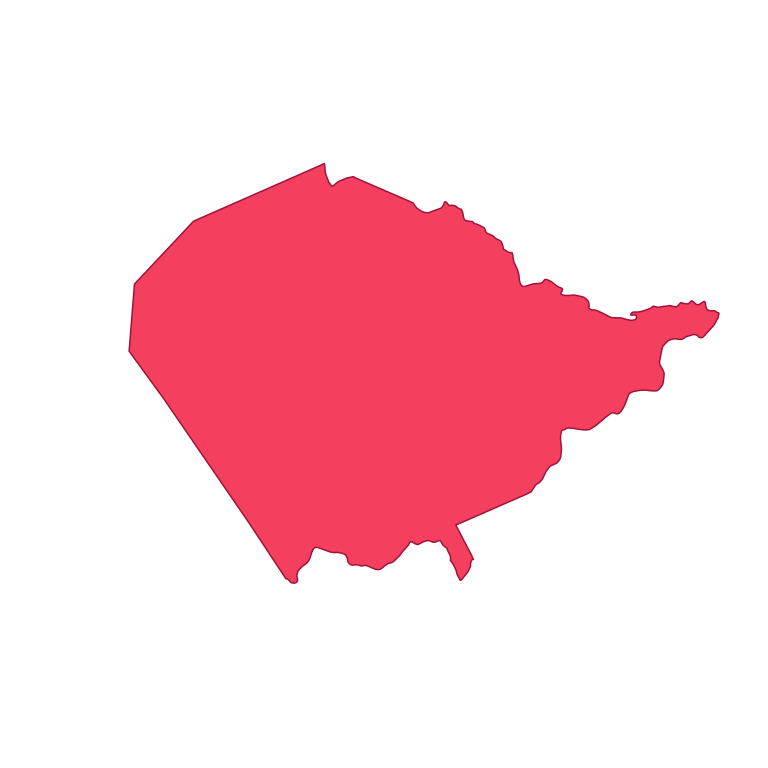 outline of Apacilagua, Choluteca, Honduras, rotated 207°
{"feature_id": "27666195B80375114467909", "entity_name": "Apacilagua", "entity_type": "district", "adm_level": 2, "iso_a3": "HND", "parent_name": "Honduras", "parent_adm1": "Choluteca", "projection": "mercator", "projection_center": [-87.065, 13.459], "detail": "fine", "context": "isolated", "style": "filled", "palette": "rose", "viewbox_px": 768, "rotation_deg": 207, "n_neighbors": 0, "source": "geoboundaries", "source_scale": "gbopen_adm2", "svg_char_len": 6171}
<svg xmlns="http://www.w3.org/2000/svg" viewBox="0 0 768 768"><g transform="rotate(207 384 384)"><path d="M335.6,558.3L337.7,558.3L338.9,558.6L339.2,558.9L339.9,559.9L341.2,561.4L343.1,563.2L344.6,564.2L346.2,564.4L350.7,564.4L351.7,564.6L353.3,565.3L354.5,565.5L357.4,565.4L359.7,565.1L360.6,565.1L361.6,565.5L362.5,566.0L364.3,567.7L366.1,568.7L371.7,568.7L373.6,568.6L375.3,568.2L376.4,568.1L377.8,568.3L378.5,568.8L378.9,568.8L384.8,566.8L385.7,566.7L386.4,566.8L387.5,567.4L388.5,568.3L392.3,573.2L393.7,574.0L394.5,574.7L394.9,574.7L396.0,574.3L397.6,574.4L398.8,574.5L400.0,574.9L400.8,575.0L402.7,574.7L404.6,574.1L405.4,573.7L406.2,572.9L406.8,572.7L407.4,572.8L408.2,573.0L410.0,573.9L410.8,574.2L411.7,574.3L412.4,574.0L412.6,573.6L412.7,573.1L412.3,571.9L412.2,570.9L412.7,567.4L413.0,566.6L414.0,565.5L419.8,559.4L421.7,557.1L422.6,556.4L423.4,556.0L425.8,555.3L428.1,555.0L429.8,555.0L434.3,555.5L437.6,557.0L440.3,558.6L502.9,554.7L504.1,554.9L505.2,554.8L505.9,554.5L508.7,552.2L510.2,551.2L512.7,548.2L515.2,545.3L516.9,543.0L518.1,540.2L518.9,538.4L519.7,537.1L520.2,536.7L520.9,536.8L521.8,537.2L524.7,538.7L530.8,544.1L532.7,546.3L535.8,551.4L536.8,552.9L537.2,553.3L627.6,442.6L651.7,359.8L626.0,297.5L574.0,271.1L440.4,198.5L383.1,166.0L382.0,166.3L380.8,166.3L379.6,166.0L378.2,165.3L377.3,165.0L376.3,165.0L375.6,165.0L374.5,165.4L373.7,165.7L372.3,166.9L371.9,167.6L371.7,168.2L371.7,169.2L372.1,170.3L372.6,171.1L374.0,172.6L374.9,174.2L375.4,176.5L375.6,178.6L375.2,180.5L374.0,184.4L373.4,185.6L371.9,188.3L371.4,189.6L371.1,191.0L370.9,192.7L370.9,195.5L371.8,200.0L372.1,203.7L371.8,205.7L371.4,206.6L370.9,207.2L369.8,207.9L368.5,208.3L355.2,210.0L352.0,211.1L349.4,212.6L347.9,213.2L344.6,214.1L342.5,214.4L340.7,214.2L340.0,213.9L339.1,213.3L337.4,211.9L335.9,209.7L334.8,208.8L333.1,208.1L332.0,207.9L331.2,207.9L330.1,208.2L327.8,209.7L325.1,210.9L324.2,211.2L322.5,211.3L321.4,211.6L320.5,212.2L319.2,213.5L318.2,214.0L314.6,214.6L310.6,214.7L308.1,215.0L306.0,215.5L304.7,216.1L303.6,216.9L302.6,218.2L301.9,219.6L300.8,222.4L299.1,225.5L298.7,226.0L297.6,226.9L296.7,227.8L295.3,229.5L294.8,230.4L292.1,238.3L291.5,242.5L289.2,251.4L289.1,252.2L289.3,253.8L289.1,254.5L288.9,255.1L288.3,255.7L287.5,256.0L286.8,256.0L284.6,255.8L281.6,256.0L281.2,256.2L280.6,256.7L279.7,257.9L277.1,261.5L274.9,263.6L273.3,264.7L272.7,264.9L271.5,265.1L268.9,265.2L267.7,265.7L266.8,266.2L266.1,266.8L265.7,267.3L265.5,267.9L264.5,268.8L263.4,269.7L262.9,269.9L261.9,269.6L259.9,268.1L258.0,267.1L255.8,266.6L253.6,266.3L253.1,266.0L251.9,264.7L250.1,263.3L247.8,261.7L246.9,260.9L245.9,259.5L245.2,258.1L244.9,257.1L244.7,256.8L243.1,256.2L240.3,254.6L235.3,250.9L233.8,249.0L231.5,246.8L227.4,244.0L226.9,243.8L226.6,243.9L226.2,244.6L225.9,245.3L224.1,253.9L224.0,257.0L224.2,260.7L224.5,261.7L225.1,262.7L225.5,263.6L225.8,265.8L225.8,266.7L225.6,267.4L225.3,267.8L224.8,268.3L228.0,271.0L256.0,290.9L206.2,351.6L204.0,354.6L203.0,362.9L202.6,364.0L201.4,365.6L200.8,366.8L200.2,368.9L199.8,370.8L199.7,371.9L199.9,379.0L199.5,382.3L198.9,385.4L198.6,386.4L198.0,387.3L195.6,390.0L194.1,392.1L193.5,394.3L193.1,397.0L193.3,398.5L193.8,400.3L196.5,407.0L198.0,409.4L200.6,413.2L202.0,415.6L203.4,418.7L204.0,420.6L204.3,421.9L204.4,423.0L204.1,423.9L203.7,424.4L202.6,425.1L201.0,427.5L200.6,428.1L200.2,428.3L195.9,430.2L190.0,432.0L186.0,433.5L182.5,435.1L181.0,436.1L180.4,436.6L179.3,438.2L176.5,442.9L171.1,455.7L169.2,459.6L168.3,461.1L167.6,461.9L166.8,462.3L166.0,462.6L163.9,462.8L162.4,463.4L161.7,464.1L161.0,465.2L160.6,466.8L160.2,468.6L159.9,472.5L160.1,476.0L161.2,485.8L161.1,486.7L160.9,487.4L158.4,490.5L154.2,493.7L152.3,495.0L148.4,497.2L147.1,497.7L144.4,498.6L139.3,500.9L137.8,501.9L137.3,502.6L136.8,503.5L136.3,505.0L135.8,507.0L135.6,508.5L135.5,509.9L135.7,511.1L136.1,512.5L137.6,516.8L138.9,520.0L140.0,521.6L143.5,524.3L146.6,526.2L147.5,527.1L148.1,528.1L148.6,529.1L149.5,531.9L152.1,541.0L152.6,543.9L152.6,544.9L150.9,550.4L150.0,552.1L149.0,553.5L147.7,554.7L145.9,556.0L143.9,556.9L141.0,557.9L139.8,558.6L138.8,559.2L138.1,560.1L136.9,562.2L136.2,563.4L131.3,568.1L129.8,569.0L128.0,569.5L126.2,569.3L124.5,568.7L123.8,568.7L122.4,569.2L121.4,570.0L120.9,571.1L120.2,573.0L119.6,575.8L117.0,585.3L116.7,587.1L116.6,588.5L116.6,592.8L116.4,593.6L116.3,594.1L116.8,596.1L117.6,598.8L117.8,599.2L118.1,599.3L118.9,599.1L119.3,599.1L120.9,599.1L122.9,599.3L126.4,597.4L128.6,597.0L129.9,597.1L130.6,597.4L131.9,598.7L133.4,600.5L134.7,602.4L135.4,602.9L136.0,603.0L136.4,602.8L137.7,600.8L139.1,598.2L139.7,597.6L140.6,597.1L141.5,596.8L142.5,596.8L145.3,597.6L146.9,597.8L147.7,597.8L148.2,596.7L149.0,594.2L149.3,593.7L149.8,593.3L150.8,592.7L151.9,592.3L154.0,591.7L155.8,591.6L156.4,591.2L157.1,589.8L157.4,588.0L157.7,587.0L158.3,586.0L158.9,585.4L159.9,584.9L165.3,583.5L167.3,581.8L169.9,580.3L174.3,576.9L179.3,575.6L180.1,574.3L180.7,572.9L181.6,571.7L184.3,568.7L187.5,565.6L188.7,564.6L191.2,562.9L193.8,561.7L194.8,561.0L195.3,560.3L195.7,559.2L195.7,558.2L195.6,557.9L195.4,557.7L194.9,557.7L194.3,557.9L192.3,559.2L191.0,559.7L190.5,559.5L189.6,558.7L189.1,557.5L189.0,556.4L189.4,555.4L190.3,554.5L192.4,553.1L193.9,552.5L196.8,551.7L201.6,550.8L203.6,550.2L204.8,549.6L206.4,548.7L208.8,547.7L210.1,546.9L211.3,546.5L213.5,546.3L220.4,546.4L227.5,546.1L229.5,545.7L231.5,544.8L232.4,544.5L233.6,544.3L235.1,544.3L235.7,544.5L236.1,544.8L236.4,546.2L237.3,547.7L238.3,549.2L239.4,550.3L240.6,550.9L242.4,551.5L244.3,551.9L245.6,552.0L248.1,551.5L254.7,549.7L255.7,549.2L258.8,547.2L262.7,545.2L264.7,544.5L266.1,544.2L267.0,544.5L267.5,545.2L267.7,546.3L267.5,547.7L267.6,548.6L267.9,549.4L268.5,549.8L269.5,550.0L272.0,549.7L275.2,549.9L281.5,551.2L285.8,551.0L287.3,550.7L288.1,550.0L288.3,549.4L288.9,546.6L289.4,545.7L290.0,544.9L291.0,544.3L293.1,543.1L296.5,540.9L297.9,539.7L300.9,536.6L303.1,534.7L304.1,534.2L305.1,534.1L305.9,534.2L306.8,534.6L308.0,535.4L308.9,536.1L310.6,538.1L313.0,541.9L314.9,544.3L317.5,546.9L321.3,549.7L323.8,551.9L325.3,553.7L328.4,558.1L329.3,559.0L329.8,559.0L332.7,557.9L334.1,557.9L335.6,558.3Z" fill="#f43f5e" stroke="#9f1239" stroke-width="1.5"/></g></svg>